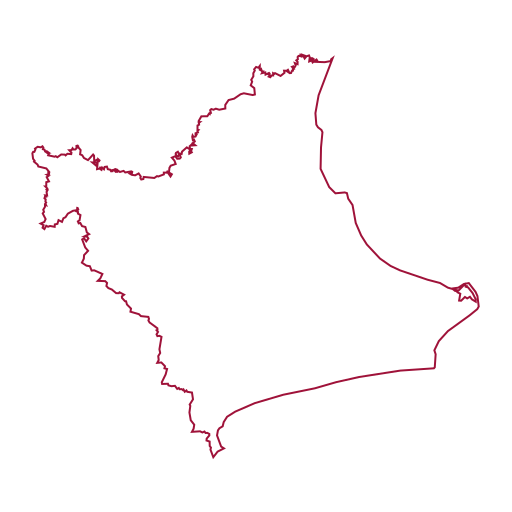 outline of Necoclí, Antioquia, Colombia, rotated 179°
{"feature_id": "7082276B32018425198797", "entity_name": "Necoclí", "entity_type": "district", "adm_level": 2, "iso_a3": "COL", "parent_name": "Colombia", "parent_adm1": "Antioquia", "projection": "albers", "projection_center": [-76.605, 8.491], "detail": "fine", "context": "isolated", "style": "outline", "palette": "rose", "viewbox_px": 512, "rotation_deg": 179, "n_neighbors": 0, "source": "geoboundaries", "source_scale": "gbopen_adm2", "svg_char_len": 6097}
<svg xmlns="http://www.w3.org/2000/svg" viewBox="0 0 512 512"><g transform="rotate(179 256 256)"><path d="M302.2,55.6L297.8,61.1L291.4,64.2L294.2,66.1L298.1,77.3L297.1,82.3L295.6,84.4L292.3,86.3L291.2,90.5L287.7,95.8L279.4,100.8L259.8,108.9L231.2,116.8L199.4,122.7L177.9,128.5L155.1,133.2L113.7,138.9L80.1,140.6L79.2,141.6L78.1,154.6L79.3,158.6L74.7,167.7L65.4,177.6L43.5,192.9L35.7,199.0L34.2,201.6L35.3,212.1L37.1,216.3L43.7,225.2L48.6,224.4L54.3,220.8L61.0,220.0L59.9,220.0L56.9,217.8L57.0,218.6L54.0,218.0L47.7,224.2L47.2,222.5L45.9,222.2L46.4,221.5L44.5,220.9L40.1,215.2L37.1,208.9L37.1,206.5L40.9,208.9L42.8,211.5L45.6,209.9L47.8,211.4L51.7,207.7L53.7,207.9L52.4,214.7L55.2,216.2L55.5,217.6L57.5,217.6L59.8,219.5L64.7,221.0L72.5,225.8L84.9,229.3L112.2,239.1L121.6,243.7L132.1,251.3L145.0,265.6L150.5,274.7L155.7,287.3L158.6,305.3L162.8,311.7L164.0,317.3L166.2,318.0L175.5,317.3L181.6,323.6L189.9,342.0L189.1,363.5L187.4,378.6L188.4,380.9L191.8,383.6L193.4,386.3L194.1,397.8L190.6,415.6L175.9,452.5L177.4,451.4L177.8,449.6L183.9,448.6L193.2,449.1L191.5,450.5L192.1,451.4L196.0,448.5L196.7,450.2L195.0,451.9L196.2,452.8L197.1,452.8L198.0,450.1L199.4,449.6L198.8,453.7L199.5,455.6L202.0,454.8L203.9,452.6L204.7,454.2L203.6,455.4L206.3,456.4L205.9,454.8L207.0,454.6L208.2,456.1L208.5,455.1L210.0,455.3L210.9,454.2L210.7,452.0L212.3,450.9L211.0,449.4L211.1,447.1L213.8,448.2L213.0,445.8L214.1,444.0L215.4,443.6L215.6,444.9L216.7,444.5L214.9,442.4L216.0,441.9L215.8,440.7L217.0,440.3L217.7,438.4L219.0,438.2L221.0,439.6L220.1,440.1L220.8,441.6L222.1,440.7L224.7,440.8L224.3,438.7L228.3,435.6L233.8,438.5L234.5,437.8L235.7,438.5L235.7,436.2L237.2,436.2L238.6,434.5L240.0,435.1L238.5,436.3L240.2,437.2L239.3,438.2L239.8,438.8L243.3,437.2L243.5,439.4L246.8,438.7L245.7,440.4L246.8,440.5L247.5,442.5L248.1,441.7L249.0,442.2L248.9,446.0L250.3,444.2L252.6,445.0L254.6,442.7L254.0,441.4L255.5,438.8L255.5,435.7L257.7,432.2L256.8,430.4L258.3,426.7L254.8,423.9L254.3,417.5L256.5,417.0L265.3,418.9L268.6,418.0L275.1,413.7L280.7,412.4L284.1,407.6L284.1,404.0L290.2,402.9L293.6,404.0L295.9,403.0L298.1,403.7L299.3,402.6L298.6,399.9L299.8,399.7L299.8,398.6L300.7,398.9L302.2,396.6L308.2,396.6L311.0,391.9L311.0,390.8L309.9,390.8L310.8,390.1L310.6,388.3L312.2,387.5L312.3,383.3L311.3,383.0L312.4,381.9L311.9,380.6L314.3,379.8L314.3,378.5L313.4,378.3L314.4,376.5L316.4,376.2L317.3,377.7L317.7,376.3L317.1,373.0L316.0,373.5L315.2,371.6L317.3,370.0L314.8,367.8L318.0,367.6L318.1,368.9L320.4,366.9L320.1,364.3L318.3,364.1L319.1,361.9L318.4,360.8L320.9,359.5L321.0,361.4L319.7,363.4L323.3,365.8L328.1,361.7L328.6,359.3L331.6,360.1L332.3,361.6L334.2,360.5L334.6,359.4L333.2,357.2L332.1,357.0L331.4,358.4L330.2,358.1L329.5,355.8L330.6,354.7L333.1,354.6L335.0,357.2L338.4,355.8L335.9,352.8L334.7,349.4L339.7,347.8L341.0,345.7L341.6,341.0L338.7,339.2L340.1,337.0L343.3,341.8L343.8,340.9L346.7,341.0L346.7,339.2L352.3,337.2L353.6,337.6L356.3,335.8L366.9,337.0L367.3,334.9L369.4,334.5L370.3,336.0L369.8,337.5L371.9,340.6L375.4,338.8L378.7,339.3L380.7,340.5L378.5,341.2L378.3,342.3L379.2,342.8L385.3,341.8L386.9,343.4L390.6,342.4L392.3,343.7L393.0,342.6L394.2,342.6L393.6,344.8L395.2,345.4L396.0,345.0L395.0,344.0L395.4,343.3L396.3,344.4L398.0,344.4L398.0,343.3L399.4,343.2L400.2,344.8L402.7,345.4L403.5,348.0L405.8,347.7L406.5,345.4L408.3,347.1L409.0,344.8L410.2,345.6L409.9,347.9L410.8,346.2L413.4,345.6L412.8,351.2L414.4,349.3L418.0,352.4L413.3,352.1L412.5,353.8L411.3,353.5L410.8,354.3L412.2,355.6L412.4,354.2L413.5,355.0L416.1,353.6L416.2,359.2L417.1,360.3L422.3,354.8L426.3,357.0L428.0,359.8L430.1,360.7L429.5,365.0L431.7,367.7L432.8,367.6L431.9,368.9L432.4,369.5L433.6,369.2L433.6,366.9L434.7,365.7L436.7,365.7L437.5,366.9L438.6,365.1L440.9,365.0L438.7,362.5L439.0,361.1L442.8,361.5L444.6,359.9L445.4,360.7L449.0,360.9L452.9,358.2L454.5,359.3L455.6,358.8L462.0,360.3L461.4,361.5L463.1,362.8L461.4,362.9L463.4,364.4L465.1,364.4L465.6,366.0L467.2,366.5L466.7,368.1L467.6,369.4L469.2,368.4L472.4,369.0L475.1,367.2L474.7,366.3L475.8,364.0L477.0,364.0L477.8,362.6L477.2,357.1L475.7,355.0L476.3,354.2L472.8,351.2L472.1,349.3L464.1,347.2L461.2,343.5L461.6,341.5L462.2,342.3L462.2,341.2L463.2,341.0L462.1,340.5L462.9,340.2L462.3,339.6L463.9,338.5L461.7,334.2L464.4,333.5L464.5,329.2L465.4,329.2L463.5,327.2L464.3,326.1L463.2,325.6L464.3,323.7L463.8,320.1L465.7,320.3L465.0,319.0L466.0,318.9L466.5,317.4L465.3,316.3L465.6,314.1L464.9,313.1L465.7,312.0L465.0,310.5L466.1,310.9L466.1,308.9L467.9,306.0L467.2,303.8L468.5,302.3L465.7,296.6L467.1,293.7L470.8,292.2L467.8,290.5L468.9,288.0L467.1,286.6L465.2,289.9L463.4,288.9L461.4,289.6L456.8,288.7L456.6,291.1L454.0,291.6L452.8,295.3L449.4,293.5L447.9,297.1L445.8,298.1L443.4,301.6L438.2,304.4L434.1,305.0L433.9,307.2L433.5,307.1L432.9,305.6L434.6,303.7L433.2,303.1L433.3,301.5L430.8,300.0L431.8,294.8L433.5,293.7L432.7,291.7L431.1,292.1L429.4,288.9L426.1,288.0L424.7,282.5L422.5,280.8L427.2,278.6L424.4,278.2L423.3,276.5L425.5,273.6L427.6,276.7L429.5,275.6L426.6,267.5L423.8,264.1L427.9,259.9L428.2,256.3L430.2,252.4L425.7,249.3L422.3,248.7L420.6,244.3L418.0,244.5L409.9,240.7L412.1,236.3L414.6,233.9L407.2,233.5L405.4,231.7L406.1,228.6L404.2,226.5L400.7,225.0L396.5,221.3L393.8,221.2L393.1,222.1L388.6,219.6L390.8,218.0L390.7,216.4L387.8,213.1L386.7,213.0L385.9,209.8L381.9,205.6L382.5,202.5L374.1,199.9L372.1,197.9L364.7,197.0L364.1,195.0L364.7,193.4L363.6,191.4L355.9,185.5L355.8,184.0L356.7,183.5L355.3,181.8L356.8,179.4L356.0,177.6L354.0,177.9L351.9,176.8L354.2,164.4L353.5,160.7L355.5,157.6L355.1,153.7L356.6,150.9L352.5,151.2L348.9,147.4L349.5,145.3L346.9,144.6L348.4,139.2L352.4,131.4L352.1,129.7L346.3,129.8L345.8,128.2L342.8,127.3L339.3,127.6L337.1,124.5L335.5,125.4L334.7,124.1L332.6,124.2L331.4,123.2L330.8,123.8L329.6,121.5L327.9,122.8L327.1,121.4L322.4,120.6L321.5,113.8L324.9,108.6L324.3,107.3L325.3,100.7L324.1,92.9L320.7,88.4L321.4,84.4L323.1,81.3L315.0,81.7L312.7,80.5L310.6,81.4L309.5,79.9L307.8,80.0L305.8,78.9L305.8,77.4L308.5,74.3L308.7,72.4L305.6,71.3L305.6,66.9L304.4,65.2L304.9,63.2L302.2,55.6Z" fill="none" stroke="#9f1239" stroke-width="2"/></g></svg>